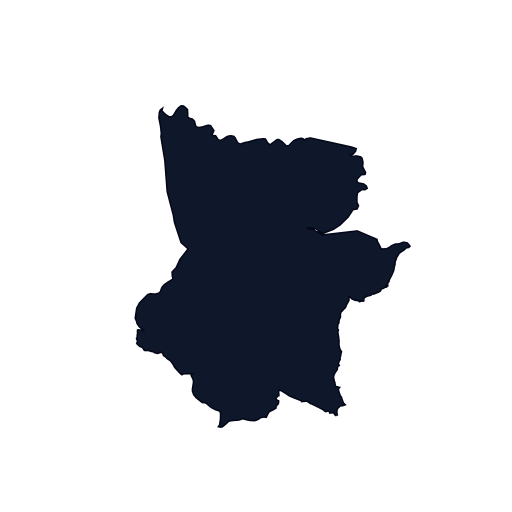 Villa Talea de Castro, Oaxaca, Mexico (orthographic projection), rotated 316°
{"feature_id": "50627088B61139638473248", "entity_name": "Villa Talea de Castro", "entity_type": "district", "adm_level": 2, "iso_a3": "MEX", "parent_name": "Mexico", "parent_adm1": "Oaxaca", "projection": "orthographic", "projection_center": [-96.231, 17.371], "detail": "fine", "context": "isolated", "style": "filled", "palette": "ink", "viewbox_px": 512, "rotation_deg": 316, "n_neighbors": 0, "source": "geoboundaries", "source_scale": "gbopen_adm2", "svg_char_len": 5752}
<svg xmlns="http://www.w3.org/2000/svg" viewBox="0 0 512 512"><g transform="rotate(316 256 256)"><path d="M400.4,243.9L377.1,208.8L373.5,206.5L371.4,206.3L371.4,204.6L370.8,203.5L370.3,202.6L369.1,201.9L367.1,200.6L363.5,199.3L360.6,199.2L356.0,199.4L354.3,197.8L354.2,191.8L353.2,187.8L351.9,186.8L349.1,186.5L345.3,186.0L343.3,185.7L343.0,182.4L344.1,178.4L342.8,176.7L340.1,174.7L337.7,172.8L332.8,170.2L329.7,168.6L327.3,166.9L322.3,164.4L321.5,161.9L322.3,159.0L323.1,156.4L323.2,154.5L321.8,152.6L321.7,152.3L321.5,152.0L319.0,150.3L316.7,149.6L314.1,149.2L311.0,148.4L309.5,146.2L310.1,143.7L310.5,141.4L308.8,139.5L308.3,138.3L310.3,137.6L312.8,136.6L313.4,133.6L313.9,130.9L312.7,128.8L310.2,127.4L306.9,125.8L304.2,123.9L302.7,121.5L303.6,119.3L305.4,116.3L305.4,113.2L303.8,110.9L303.6,108.3L305.6,106.4L308.5,103.0L308.4,100.0L308.0,97.6L306.5,95.9L303.3,95.5L300.1,95.9L299.1,96.1L298.0,96.5L296.5,96.8L294.6,97.4L293.1,97.4L291.7,96.9L290.2,95.6L289.4,92.0L289.2,89.2L289.2,86.1L291.4,84.8L288.5,84.5L287.1,85.1L285.7,85.9L283.8,87.7L282.1,89.1L279.5,93.2L277.8,95.8L276.0,98.3L274.0,100.7L273.5,101.6L270.4,104.2L256.7,124.0L236.8,148.0L225.0,169.0L220.6,175.3L211.4,194.4L211.8,199.0L212.1,203.7L198.9,205.6L190.5,208.9L184.5,209.2L181.8,212.3L180.3,214.9L173.5,213.4L169.7,212.9L166.7,213.2L164.3,214.2L162.9,215.2L160.4,215.2L157.3,213.6L155.5,211.7L154.0,209.8L151.3,208.5L139.6,208.8L134.0,210.6L125.9,216.8L124.6,220.2L123.5,222.0L122.9,225.5L123.0,227.9L123.5,229.6L123.4,231.5L122.2,230.1L120.9,228.2L119.6,227.0L119.4,226.9L118.4,227.8L117.3,229.1L115.1,230.8L114.1,231.9L112.7,232.3L111.5,235.2L109.6,235.8L109.3,237.0L109.6,240.5L110.7,242.6L110.6,244.0L110.1,246.1L110.5,247.0L112.5,248.8L113.7,250.6L114.1,251.5L115.6,253.6L115.9,255.3L116.8,256.5L117.4,257.7L121.3,259.6L121.1,261.8L120.3,263.3L120.9,266.3L120.8,268.2L121.6,271.6L121.6,273.0L121.1,276.1L120.1,279.8L119.9,286.0L120.0,289.1L120.2,290.0L121.9,290.4L122.5,290.9L123.4,291.8L124.1,292.4L129.0,297.0L127.3,296.3L126.3,296.9L125.3,300.4L123.8,303.0L118.0,307.4L116.5,308.9L114.8,312.5L114.5,316.4L115.1,321.0L115.5,324.1L117.1,325.8L118.0,327.7L118.1,330.0L118.5,333.7L120.0,338.3L121.9,341.8L121.7,344.0L117.7,348.1L112.8,352.0L111.6,352.4L110.3,352.6L111.3,354.2L112.8,355.4L114.5,355.7L118.3,355.9L121.8,356.0L124.7,358.0L127.4,360.2L129.4,361.9L133.5,364.0L135.6,367.5L137.6,370.3L140.4,373.4L142.3,374.4L144.5,375.2L146.7,375.4L149.7,377.2L151.3,379.2L153.3,378.4L157.0,377.2L159.1,377.8L161.5,378.6L164.7,379.3L165.9,378.1L169.5,377.8L171.7,376.0L171.0,374.0L171.2,372.3L174.3,371.9L175.5,372.4L178.0,369.4L179.9,368.6L181.0,372.1L181.9,375.6L182.8,379.9L184.6,384.1L186.8,388.9L188.0,391.5L187.6,392.4L191.9,395.9L192.1,397.5L192.7,398.7L192.4,399.1L192.6,400.1L193.2,400.8L193.8,402.7L194.3,403.7L194.7,405.1L195.3,406.9L195.8,407.8L196.5,410.2L196.7,410.7L196.9,411.3L197.4,412.9L197.6,413.9L197.6,415.2L197.7,415.5L197.8,416.0L198.3,416.6L198.5,416.8L200.1,417.5L200.5,418.6L200.5,419.6L199.9,420.2L200.1,420.5L201.0,420.8L201.3,421.4L202.3,422.1L203.7,422.2L203.9,422.5L202.6,423.4L202.7,424.2L202.4,425.4L202.6,426.2L203.4,426.0L204.3,426.2L203.8,427.5L204.8,425.6L206.8,423.4L208.8,422.4L212.0,422.4L213.3,422.7L213.9,423.7L216.9,425.1L216.9,424.9L216.9,423.5L216.6,423.0L218.7,418.1L219.4,417.0L219.5,415.9L219.6,415.1L219.8,414.5L220.2,413.8L220.9,412.1L221.3,411.4L222.5,409.2L223.8,408.8L224.8,408.6L224.7,408.5L224.1,407.3L223.7,406.6L222.8,405.6L223.1,404.4L224.0,402.9L225.1,401.5L225.3,400.5L226.5,398.9L227.1,397.5L229.2,395.9L231.7,394.9L232.4,394.8L235.4,394.2L237.6,392.5L238.8,392.4L239.9,392.6L240.2,391.1L241.3,390.1L241.6,390.0L243.2,389.3L244.6,389.0L244.8,388.8L245.4,388.0L246.3,387.2L247.5,386.7L249.1,385.4L250.2,384.8L251.1,384.2L251.6,381.5L253.6,378.0L254.0,377.5L256.1,375.4L256.9,374.7L257.5,373.7L258.9,372.1L260.5,369.7L261.4,368.4L262.3,367.4L263.9,366.5L264.0,366.4L264.0,365.4L264.9,364.2L265.8,363.6L266.8,362.6L267.3,362.1L269.2,361.7L271.3,359.8L274.4,358.6L276.2,356.6L278.8,355.1L279.7,355.5L282.2,355.2L284.4,355.3L286.7,354.2L292.1,352.5L292.2,352.4L292.8,351.7L293.3,351.2L294.6,349.7L295.1,350.4L295.2,353.5L295.5,354.3L295.9,354.8L295.9,355.5L296.9,357.3L297.6,358.0L298.0,358.3L298.1,358.1L298.8,361.0L299.9,361.2L301.5,362.7L301.5,362.2L302.5,363.0L304.4,361.4L305.5,361.4L307.8,362.0L308.6,362.4L309.8,363.2L311.6,364.1L313.3,364.1L314.3,365.3L316.4,366.0L318.7,367.1L319.8,367.3L320.6,367.6L321.8,367.5L322.1,367.2L323.3,366.7L325.4,367.9L327.0,368.0L327.8,368.7L327.8,368.3L329.3,368.8L329.1,368.4L329.8,368.5L329.5,368.0L330.3,368.1L330.0,367.6L331.6,367.3L331.5,367.0L332.0,366.8L333.7,366.8L334.2,366.6L334.6,366.3L334.9,366.0L335.7,365.6L339.2,364.5L341.6,363.6L345.2,362.0L347.8,360.0L350.1,358.7L350.9,357.9L352.6,356.5L353.6,356.1L354.3,355.9L356.2,354.7L357.4,354.5L361.1,353.5L362.4,353.8L365.2,354.2L365.9,354.5L369.9,354.6L371.6,355.9L373.6,356.0L373.8,354.4L373.9,353.8L373.9,351.6L372.8,349.9L371.6,348.4L369.2,347.4L367.3,346.6L364.4,344.1L360.5,342.7L358.9,342.6L354.9,341.5L351.0,337.9L353.1,331.3L353.1,330.4L354.6,328.1L346.3,308.3L318.3,286.9L318.4,286.5L317.6,282.9L317.2,281.6L316.0,279.4L316.2,277.5L316.1,277.4L315.2,276.2L314.3,275.0L313.8,273.9L312.3,271.3L312.1,270.8L318.0,278.0L319.6,286.2L330.2,290.6L338.1,292.1L348.6,292.0L349.1,292.0L349.3,292.0L358.0,290.1L361.4,292.4L364.7,291.0L365.5,288.6L365.9,287.5L369.9,283.4L373.0,281.0L378.3,281.8L380.4,284.0L380.5,284.0L383.0,284.6L384.0,282.3L383.5,278.9L380.5,274.7L380.3,272.5L382.1,271.0L387.9,270.6L391.2,273.1L392.8,272.1L394.7,265.9L397.9,263.1L400.2,259.5L400.2,257.4L397.9,253.9L394.7,251.4L394.0,248.9L396.6,250.2L400.4,249.8L402.7,248.4L400.4,243.9Z" fill="#0f172a" stroke="#020617" stroke-width="1.5"/></g></svg>